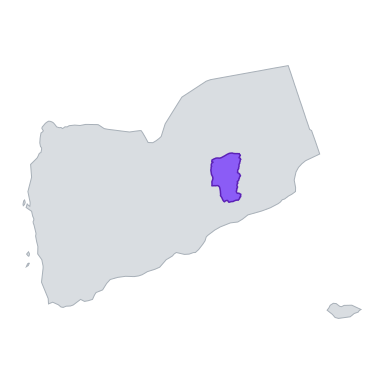 As Sawm, Hadramawt, Yemen shown in context
{"feature_id": "15242507B25439284744831", "entity_name": "As Sawm", "entity_type": "district", "adm_level": 2, "iso_a3": "YEM", "parent_name": "Yemen", "parent_adm1": "Hadramawt", "projection": "equal_earth", "projection_center": [49.843, 16.023], "detail": "fine", "context": "in_parent", "style": "filled", "palette": "violet", "viewbox_px": 384, "rotation_deg": 0, "n_neighbors": 0, "source": "geoboundaries", "source_scale": "gbopen_adm2", "svg_char_len": 7861}
<svg xmlns="http://www.w3.org/2000/svg" viewBox="0 0 384 384"><path d="M319.7,154.0L305.6,160.7L301.9,163.7L298.5,167.4L296.0,172.0L294.2,180.1L295.6,187.6L295.5,191.5L291.9,194.2L288.4,196.1L284.6,199.0L282.3,199.7L280.4,202.0L278.3,203.6L270.3,207.8L261.7,211.0L247.9,214.9L242.6,219.1L237.8,222.0L230.4,222.9L220.3,226.9L214.7,230.1L207.7,235.4L206.2,237.0L205.0,240.9L202.8,244.2L198.6,249.6L195.4,252.5L193.3,252.6L189.2,254.1L184.4,254.4L176.3,252.5L174.2,253.9L172.4,256.0L166.2,259.7L159.7,267.2L155.1,269.2L147.5,271.6L142.2,274.7L138.7,275.9L134.1,276.6L125.6,276.3L117.6,277.4L110.2,279.5L106.6,283.5L102.6,289.9L96.1,292.5L94.6,294.8L92.5,299.4L88.3,300.7L84.5,301.4L80.6,299.4L73.2,305.0L70.4,306.0L66.2,306.2L63.2,307.4L61.0,307.0L58.4,304.8L52.7,302.2L48.5,303.9L48.2,298.6L41.5,282.2L43.1,268.1L43.1,266.1L41.8,259.7L37.7,253.9L37.9,246.6L36.6,241.4L35.6,236.0L35.9,234.6L36.0,233.3L34.0,225.0L33.3,223.3L33.1,221.6L33.8,220.2L33.8,218.7L32.7,216.2L31.6,211.3L26.1,207.5L27.2,204.0L28.3,205.2L29.8,206.3L30.1,204.0L30.1,202.3L27.9,191.6L31.6,177.3L30.6,164.4L35.9,159.2L37.3,157.7L38.0,156.3L39.3,153.4L41.0,152.4L41.6,149.3L41.6,147.8L40.5,146.5L39.8,142.9L40.1,138.3L40.4,136.4L41.0,133.0L42.8,131.7L43.3,130.7L41.9,128.5L42.1,127.2L45.2,123.5L46.5,122.4L48.5,121.2L50.1,121.3L51.9,121.9L53.5,122.9L55.1,124.8L56.7,126.9L59.2,127.7L61.0,127.5L62.4,128.5L63.6,127.9L65.0,126.8L67.2,126.9L69.1,125.7L74.7,125.1L80.1,125.5L85.7,124.4L91.3,124.5L97.0,124.6L98.2,124.7L99.4,125.4L104.2,128.6L107.8,129.3L115.1,130.2L122.8,131.2L129.5,132.0L135.2,131.2L140.0,130.6L141.2,130.7L142.6,132.7L145.5,137.7L148.1,142.5L152.8,142.7L155.9,140.9L159.2,138.4L161.2,136.5L163.6,128.8L165.2,123.8L168.7,118.2L171.6,113.5L175.5,107.3L177.6,103.9L181.9,97.1L185.9,94.5L193.7,89.4L201.3,84.4L206.2,81.2L210.4,79.7L217.5,78.4L225.8,76.9L234.1,75.4L242.9,73.8L252.8,72.0L259.6,70.8L268.2,69.2L275.3,67.9L281.7,66.8L288.2,65.6L289.5,69.4L290.8,73.1L292.0,76.8L293.3,80.6L294.5,84.4L295.8,88.1L297.0,91.9L298.3,95.6L299.5,99.4L300.8,103.1L302.1,106.9L303.3,110.6L304.6,114.4L305.8,118.2L307.1,121.9L308.4,125.7L309.6,129.4L311.6,130.6L312.8,134.1L314.6,139.1L316.3,144.0L318.0,149.0L319.7,154.0ZM339.7,306.3L341.5,306.7L344.1,305.4L351.8,305.2L361.0,309.5L359.2,310.6L358.2,312.1L354.2,313.5L350.2,316.8L338.5,318.4L335.1,317.5L332.3,314.3L327.1,310.2L329.1,307.6L329.6,306.4L330.3,305.2L333.3,303.3L336.2,303.6L339.7,306.3ZM29.2,255.4L28.8,256.2L28.3,256.1L26.6,254.1L28.5,251.8L29.5,253.9L29.2,255.4ZM24.2,204.9L23.3,205.7L23.0,204.2L23.7,200.9L24.6,200.0L25.2,202.4L24.8,203.8L24.2,204.9ZM28.2,265.6L26.3,266.8L27.6,263.8L28.9,263.1L29.3,263.3L28.2,265.6Z" fill="#d9dde1" stroke="#a8b0b8" stroke-width="1"/><path d="M228.6,202.0L228.9,202.2L229.1,202.2L229.3,202.2L229.5,202.1L230.2,201.9L230.7,201.8L230.9,201.7L231.1,201.7L231.5,201.6L232.5,201.6L232.9,201.5L233.1,201.5L233.5,201.3L233.7,201.2L233.9,201.1L234.0,201.0L234.3,200.9L234.5,200.8L234.9,200.6L235.1,200.5L235.7,200.4L235.9,200.3L236.1,200.2L236.3,200.2L236.5,200.2L237.1,200.1L237.5,200.1L237.9,200.1L238.3,200.1L238.4,199.9L238.5,199.8L238.6,199.7L238.8,199.4L239.0,199.2L239.3,198.9L239.5,198.7L239.6,198.3L239.7,197.9L239.7,197.7L239.7,197.4L239.8,197.2L240.0,197.2L240.3,197.1L240.6,196.7L240.6,196.3L240.7,196.2L240.7,195.8L240.6,195.6L240.6,195.4L240.6,195.2L240.7,194.8L240.7,194.6L240.5,194.3L240.6,194.2L240.1,193.9L239.8,193.8L239.7,193.8L239.5,193.7L239.4,193.6L239.0,193.3L238.9,193.2L238.6,193.2L238.2,193.3L237.9,193.3L237.7,193.3L237.3,193.2L237.2,193.1L236.9,192.9L236.7,192.6L236.6,192.3L236.6,192.1L236.5,191.9L236.4,191.8L236.4,191.6L236.3,191.4L236.3,191.1L236.5,190.7L236.7,190.3L236.7,189.9L236.7,189.7L236.8,189.5L236.8,189.3L236.8,189.2L236.7,189.0L236.7,188.8L236.7,188.6L236.8,188.5L236.9,188.3L236.9,188.1L237.0,188.0L237.3,188.0L237.4,187.8L237.4,187.6L237.5,187.0L237.5,186.8L237.5,186.7L237.4,186.5L237.2,186.2L237.0,185.9L237.0,185.7L236.9,185.5L237.0,185.1L237.0,184.7L237.2,184.1L237.2,183.9L237.3,183.8L237.4,183.7L237.5,183.6L237.7,183.4L237.8,183.2L237.7,183.1L237.6,182.9L237.6,182.5L237.6,182.3L237.4,182.2L237.3,181.9L237.3,181.7L237.5,181.4L237.7,181.2L237.8,181.1L238.1,180.9L238.3,180.7L238.5,180.4L238.7,180.1L238.8,179.9L238.8,179.7L238.8,179.3L238.8,179.1L239.0,178.8L239.2,178.5L239.3,178.3L239.4,178.0L239.4,177.8L239.4,177.6L239.4,177.4L239.5,177.2L240.0,176.4L240.2,176.2L240.3,176.0L240.4,175.9L240.4,175.7L240.4,175.4L240.3,175.2L240.2,175.1L239.9,174.9L239.7,174.6L239.7,174.4L239.5,174.1L239.5,173.9L239.3,173.8L239.2,173.8L239.1,173.7L238.9,173.4L238.5,173.1L238.1,172.9L237.8,172.8L237.6,172.7L237.5,172.1L237.6,171.8L237.7,171.6L237.7,170.6L237.7,170.2L237.8,169.9L237.8,169.7L238.0,169.4L238.3,169.2L238.5,168.9L238.6,168.7L238.7,168.3L238.7,168.1L238.6,167.8L238.6,167.6L238.7,167.4L238.8,167.2L239.0,166.7L239.0,166.1L239.0,165.9L239.0,165.7L239.0,165.3L239.0,164.7L239.1,164.3L239.3,163.8L239.6,163.3L239.7,163.2L239.8,163.0L239.7,162.6L239.7,162.4L239.7,162.2L239.8,161.9L239.9,161.7L240.1,161.4L240.1,161.2L240.1,160.6L240.2,160.4L240.3,160.1L240.4,159.9L240.4,159.7L240.3,159.4L240.4,159.2L240.6,159.2L240.5,158.9L240.4,158.8L240.3,158.6L240.2,158.4L239.9,158.1L239.7,158.0L239.2,157.9L239.1,157.7L239.1,157.4L239.3,157.1L239.5,156.8L239.6,156.6L239.7,156.2L239.8,156.1L239.9,155.9L240.0,155.8L240.2,155.6L240.3,155.5L240.3,155.3L240.2,155.1L240.0,154.9L239.9,154.8L239.9,154.6L239.4,154.2L239.2,153.9L239.2,153.7L238.7,153.7L238.3,153.7L238.1,153.7L237.9,153.6L237.0,153.6L236.8,153.6L236.5,153.6L234.7,153.6L234.3,153.5L234.1,153.5L233.9,153.5L233.4,153.4L233.1,153.4L232.5,153.1L232.1,153.1L231.3,153.1L230.3,153.2L229.9,153.3L229.5,153.3L229.3,153.4L228.9,153.5L228.3,153.8L227.9,154.0L227.6,154.1L227.4,154.2L226.2,154.9L225.4,155.4L224.9,155.7L224.5,156.0L224.0,156.2L222.5,157.0L221.8,157.4L221.4,157.6L221.2,157.7L220.8,157.8L220.3,158.0L220.1,158.0L219.9,158.1L219.7,158.1L219.3,158.2L218.9,158.1L218.5,158.1L218.2,158.0L217.9,158.0L217.1,158.0L216.8,158.0L216.4,158.1L215.7,158.2L215.3,158.4L214.6,158.7L213.8,159.0L213.5,159.2L213.2,159.4L213.0,159.5L212.2,159.8L212.0,160.5L211.9,160.7L211.8,161.0L211.8,161.3L211.8,161.5L212.0,161.7L212.1,161.8L212.5,161.9L212.7,162.0L212.9,162.1L212.9,162.4L212.7,162.5L212.3,162.7L212.1,162.8L212.0,163.0L211.8,163.1L211.7,163.4L211.6,163.6L211.4,164.1L211.3,164.4L211.3,164.7L211.2,165.0L211.3,165.2L211.3,165.5L211.3,165.8L211.5,166.0L211.6,166.4L211.5,166.6L211.3,166.7L211.2,166.9L211.1,167.1L211.1,167.4L211.2,167.7L211.2,167.9L211.1,168.5L211.0,169.2L210.9,169.5L210.9,169.8L210.9,170.4L210.9,170.9L211.0,171.2L211.0,171.4L211.1,171.7L211.2,172.6L211.3,173.2L211.4,174.0L211.5,174.3L211.5,174.5L211.7,175.0L211.9,175.2L212.2,175.9L212.6,176.6L212.6,176.8L212.7,177.1L212.8,177.3L212.8,177.6L212.8,177.9L212.9,178.4L212.9,178.7L212.8,179.0L212.7,179.4L212.6,179.7L212.6,179.9L212.3,180.7L212.0,181.2L212.0,181.5L211.9,181.7L211.9,182.0L212.0,183.9L212.0,184.3L212.0,184.9L212.0,185.1L211.9,185.4L211.9,185.7L212.3,185.8L212.8,185.8L213.0,185.8L213.5,185.7L214.2,185.7L214.4,185.7L214.8,185.7L215.0,185.7L215.3,185.7L215.5,185.8L216.6,185.6L216.9,185.6L217.8,185.6L218.0,185.6L218.5,186.0L218.9,186.3L219.1,186.5L219.3,186.7L219.4,186.9L219.5,187.1L219.6,187.4L219.7,187.7L219.8,188.0L219.9,188.3L220.0,189.2L220.1,189.4L220.2,190.1L220.3,190.6L220.3,190.9L220.4,191.2L220.4,192.1L220.5,192.8L220.5,193.2L220.6,193.8L220.6,194.1L220.6,194.6L220.6,194.9L220.5,195.4L220.5,195.7L220.7,195.9L220.8,196.1L221.1,196.5L221.3,196.8L221.6,197.3L221.7,197.5L221.9,197.8L222.0,198.1L222.1,198.3L222.2,198.5L222.3,198.7L222.4,199.0L222.6,199.5L222.9,200.1L223.1,200.3L223.2,200.5L223.5,200.9L223.6,201.1L223.9,201.4L224.0,201.5L224.3,201.7L224.6,201.7L225.4,200.9L226.5,200.5L227.0,200.4L227.7,200.6L228.0,201.1L228.3,201.5L228.6,202.0Z" fill="#8b5cf6" stroke="#5b21b6" stroke-width="1.5"/></svg>